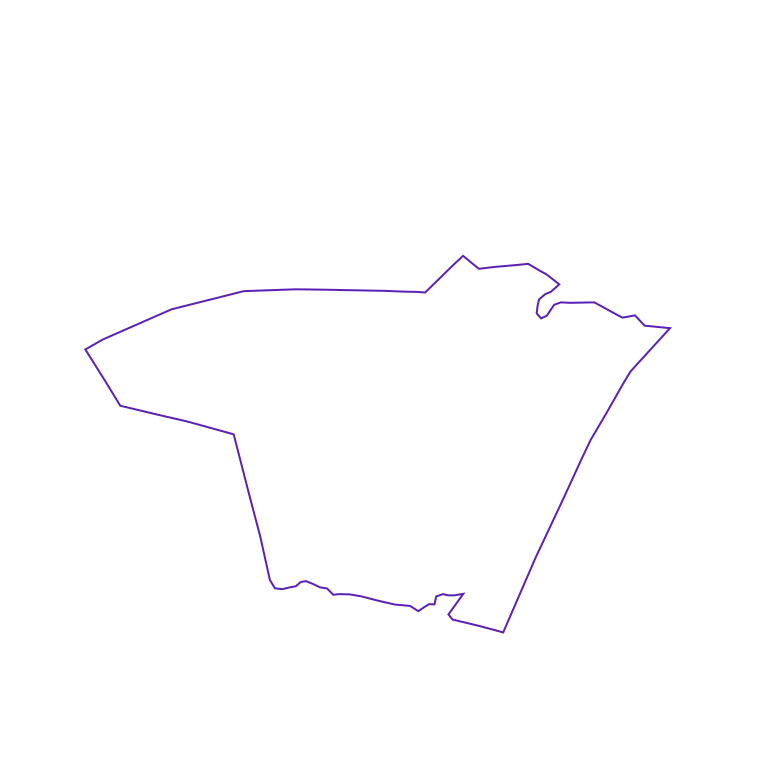 Altinho, Pernambuco, Brazil (Natural Earth projection), rotated 40°
{"feature_id": "56859067B14370835694684", "entity_name": "Altinho", "entity_type": "district", "adm_level": 2, "iso_a3": "BRA", "parent_name": "Brazil", "parent_adm1": "Pernambuco", "projection": "natural_earth1", "projection_center": [-36.08, -8.478], "detail": "fine", "context": "isolated", "style": "outline", "palette": "violet", "viewbox_px": 768, "rotation_deg": 40, "n_neighbors": 0, "source": "geoboundaries", "source_scale": "gbopen_adm2", "svg_char_len": 1197}
<svg xmlns="http://www.w3.org/2000/svg" viewBox="0 0 768 768"><g transform="rotate(40 384 384)"><path d="M567.2,157.4L546.1,171.8L540.3,171.1L532.2,170.1L524.0,179.9L518.0,181.2L492.6,186.3L474.5,202.1L467.0,207.8L463.4,214.0L464.8,227.1L462.1,232.8L455.5,231.7L451.0,224.7L448.4,219.5L449.7,211.7L452.6,206.0L454.2,195.0L437.9,195.6L430.2,197.1L417.2,199.3L409.1,207.6L393.3,223.4L382.6,234.8L362.2,235.0L360.6,247.9L356.7,287.5L349.6,292.6L340.2,300.2L331.4,307.0L325.4,311.6L274.6,352.6L255.5,368.2L216.9,403.0L173.2,463.4L140.1,530.4L133.0,549.5L171.7,562.0L196.0,570.2L227.1,554.6L237.6,549.3L254.0,540.9L258.7,538.6L301.2,519.2L352.0,555.5L387.5,580.6L422.6,607.5L431.7,610.6L437.8,606.7L442.3,600.7L446.5,595.6L447.5,589.2L451.0,585.1L458.6,582.7L465.7,580.9L471.9,577.2L480.6,578.1L484.7,573.8L493.1,567.1L503.0,561.3L517.1,554.6L527.2,549.5L534.0,546.0L546.7,537.2L556.3,536.0L558.2,529.2L560.0,523.7L564.3,520.4L560.6,513.2L564.2,507.1L569.1,504.6L574.0,500.4L579.6,493.8L581.5,519.1L587.9,520.4L613.8,507.5L635.0,497.7L611.7,419.4L595.1,356.5L583.2,313.1L578.2,293.8L573.3,264.4L567.5,233.0L564.8,216.2L565.1,207.4L567.2,157.4Z" fill="none" stroke="#5b21b6" stroke-width="2"/></g></svg>